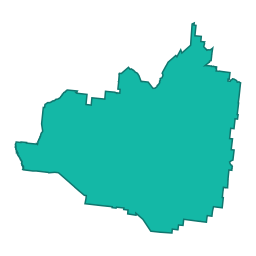 Quilpie, Queensland, Australia
{"feature_id": "25037944B55337411871300", "entity_name": "Quilpie", "entity_type": "district", "adm_level": 2, "iso_a3": "AUS", "parent_name": "Australia", "parent_adm1": "Queensland", "projection": "robinson", "projection_center": [143.431, -26.15], "detail": "fine", "context": "isolated", "style": "filled", "palette": "teal", "viewbox_px": 256, "rotation_deg": 0, "n_neighbors": 0, "source": "geoboundaries", "source_scale": "gbopen_adm2", "svg_char_len": 5362}
<svg xmlns="http://www.w3.org/2000/svg" viewBox="0 0 256 256"><path d="M22.7,169.7L33.0,171.0L36.4,171.0L48.3,172.4L48.7,172.8L54.8,172.3L58.4,172.7L74.5,186.8L74.7,187.1L79.3,191.1L84.3,195.3L86.3,195.6L86.0,198.5L85.0,203.7L102.4,205.7L112.2,206.7L112.1,207.6L116.1,208.1L116.5,207.2L123.9,208.0L123.7,209.5L128.0,210.0L127.7,213.9L136.0,215.2L135.9,213.2L142.9,219.3L150.8,231.2L160.1,232.2L171.9,233.0L172.3,229.1L177.9,229.8L178.0,229.5L178.0,229.3L178.5,225.0L183.0,225.4L183.5,221.4L183.4,221.1L183.5,221.0L183.7,219.3L199.7,221.4L200.4,221.3L200.7,221.5L206.4,222.2L206.9,217.7L207.3,215.6L211.9,216.2L212.5,211.2L213.5,206.7L222.2,207.8L223.3,197.6L222.3,197.5L223.0,190.8L223.1,190.6L223.1,190.4L223.4,187.3L224.9,187.5L225.0,187.8L225.4,187.8L226.0,187.7L227.6,187.8L227.7,184.5L227.8,184.5L228.0,180.2L227.9,180.1L228.1,179.7L228.0,179.3L228.9,170.0L231.8,170.3L231.8,169.0L232.0,168.8L231.9,168.5L232.1,168.3L232.1,166.8L232.3,166.6L231.8,165.3L231.0,165.0L230.1,163.7L229.8,162.8L229.8,162.3L229.6,162.0L231.5,160.6L232.9,160.1L234.1,150.0L231.2,149.7L232.5,138.8L232.0,138.8L231.7,138.7L231.5,138.8L229.6,138.6L230.7,128.3L234.0,128.7L235.1,118.8L237.5,119.1L238.1,114.7L237.2,114.6L238.6,103.0L238.2,102.9L239.0,97.2L240.4,84.1L240.5,83.3L240.6,83.1L240.6,82.8L239.7,82.5L239.3,82.0L238.4,81.9L237.3,82.2L236.6,80.6L234.5,79.4L234.1,79.1L232.5,78.8L231.9,79.7L230.7,80.1L230.2,81.3L227.9,81.0L228.1,79.1L229.2,79.2L230.0,72.6L220.3,71.3L219.7,71.1L218.8,71.3L216.1,70.9L216.3,70.3L216.3,70.0L216.5,69.4L216.5,68.8L215.8,68.1L216.5,67.7L216.6,67.4L216.6,66.9L214.9,66.7L214.2,66.6L213.9,66.4L213.8,66.6L213.1,66.4L212.9,66.5L211.9,66.3L211.8,66.2L211.7,66.4L211.4,66.5L210.8,66.0L209.8,65.9L209.6,65.8L208.9,65.9L208.5,65.7L208.4,65.8L206.7,65.7L205.9,65.5L205.1,65.6L208.8,62.5L209.4,62.2L209.4,61.3L209.7,61.0L210.4,60.9L210.6,60.7L211.1,60.6L211.6,56.4L211.6,55.8L211.8,54.6L211.7,54.6L211.7,54.3L211.8,54.2L212.1,51.9L212.7,48.1L212.4,48.4L212.1,48.6L211.5,49.0L210.9,49.4L210.6,49.8L209.5,49.9L207.7,49.8L207.2,50.2L206.9,50.3L206.4,49.6L206.3,49.2L206.1,49.0L205.5,48.9L204.7,47.6L203.8,46.9L203.7,46.5L204.5,43.9L204.5,43.2L204.2,42.5L204.6,41.9L200.8,41.5L201.3,36.4L194.9,35.8L196.0,25.4L193.9,25.1L194.2,23.0L192.1,24.0L190.6,45.3L181.9,53.0L180.7,49.8L176.9,56.8L175.8,55.5L168.1,62.2L166.4,65.4L165.9,66.1L162.4,72.6L162.2,73.5L162.6,73.8L163.0,75.1L162.6,76.4L161.9,77.9L160.2,78.5L160.1,78.9L160.4,80.1L160.1,80.7L159.6,81.0L159.7,82.7L159.3,83.1L159.2,83.2L159.3,83.5L158.6,84.2L158.3,84.9L157.9,84.9L157.2,85.5L157.1,86.6L155.5,87.8L155.2,88.1L154.9,88.2L153.7,88.3L153.0,88.3L152.9,88.3L148.2,82.1L142.2,81.4L142.2,81.6L141.1,81.5L138.9,75.6L138.0,74.3L138.0,74.1L136.9,72.9L135.2,72.2L134.9,71.6L133.7,70.5L133.5,70.2L132.9,70.1L132.6,69.7L131.9,69.4L131.6,69.0L131.2,68.9L130.5,69.3L130.1,69.4L129.9,69.3L129.8,68.9L129.6,68.7L129.4,68.5L128.5,67.3L121.3,73.5L119.4,73.3L119.3,73.5L119.1,73.7L119.0,74.4L119.2,74.6L118.7,81.2L118.4,81.6L118.6,81.9L118.7,82.2L118.6,82.5L117.9,89.1L120.1,89.4L119.8,93.2L116.5,92.8L116.5,93.1L115.4,92.4L115.0,92.5L114.7,92.2L109.4,91.7L105.5,91.3L104.8,99.1L91.9,97.8L91.2,105.1L86.0,104.5L87.0,94.4L76.6,93.2L76.0,92.6L76.5,92.6L76.9,92.4L77.1,91.3L77.3,91.0L67.1,90.0L66.8,90.4L66.7,90.6L66.3,90.8L66.0,91.0L65.6,91.2L65.6,91.4L65.3,91.6L65.0,92.2L64.7,92.1L63.8,92.6L63.1,93.7L62.3,94.3L62.3,95.0L61.9,95.2L61.2,96.3L60.8,96.5L60.4,97.4L60.1,97.7L59.6,98.0L59.4,98.3L58.6,98.5L58.3,98.8L57.4,99.2L56.5,99.3L56.1,99.2L55.2,100.1L54.3,100.5L54.0,100.9L53.7,100.9L53.1,100.8L52.9,100.9L52.4,101.2L52.2,101.2L51.5,101.9L50.7,102.1L50.2,102.5L50.0,102.4L49.5,102.7L48.6,102.7L48.1,102.5L47.3,102.8L46.4,103.6L45.7,104.0L45.0,104.4L44.6,107.5L43.3,107.4L41.6,123.9L42.7,131.2L42.6,131.5L42.4,131.9L42.1,132.2L41.9,132.3L41.8,132.5L41.6,132.6L41.5,132.8L41.5,133.0L41.1,133.4L41.1,133.7L40.8,134.4L40.8,134.7L40.5,135.6L40.6,136.0L40.2,136.4L40.2,136.7L40.0,136.8L40.0,137.0L39.9,137.0L39.9,137.4L39.6,138.0L39.7,138.3L39.4,138.7L39.0,139.0L38.8,139.3L38.8,139.6L38.6,140.4L37.9,141.4L37.9,142.6L37.5,144.4L36.6,143.7L36.6,144.1L26.5,143.1L26.6,142.5L21.0,142.0L20.9,142.5L16.2,142.0L16.1,142.6L15.5,144.0L15.4,144.5L15.5,144.6L15.4,144.7L15.5,145.0L15.6,145.3L15.5,145.8L15.6,146.0L15.8,146.1L15.7,146.3L15.8,146.6L15.6,146.7L15.8,146.9L15.5,147.2L15.6,147.3L15.5,147.5L15.8,147.6L15.8,147.9L16.0,148.3L16.1,148.7L16.0,148.9L15.8,148.9L15.8,149.1L15.9,149.4L16.1,149.5L16.0,149.8L16.3,150.2L16.3,150.6L16.2,150.5L16.4,150.9L16.4,151.3L16.6,151.2L16.6,151.7L16.8,151.4L16.9,151.6L17.0,151.6L16.9,151.9L17.1,151.8L17.3,152.2L17.3,152.4L17.4,152.5L17.2,152.5L17.4,152.7L17.4,153.0L17.5,152.9L17.6,153.1L17.4,153.4L17.7,153.6L17.6,153.8L17.6,154.1L17.8,154.5L17.7,154.8L17.8,155.0L18.3,155.8L18.4,155.7L18.7,155.7L18.8,155.9L18.7,156.3L19.3,157.0L19.4,157.6L19.6,157.8L19.8,157.8L19.8,158.2L20.2,158.7L20.3,159.4L20.6,159.4L20.6,159.8L21.0,160.1L20.9,160.3L21.1,160.8L21.4,161.0L21.5,161.0L21.6,161.3L21.9,161.4L21.9,162.3L21.7,162.5L21.7,163.0L21.6,163.4L21.5,163.6L21.9,163.9L22.2,164.5L21.9,164.7L22.2,165.3L22.1,165.5L22.4,165.6L22.6,166.2L22.8,166.1L23.0,166.2L23.4,166.1L23.5,166.6L23.1,167.3L23.5,167.6L23.4,167.9L23.1,168.1L23.5,168.7L23.1,168.7L23.1,168.8L23.2,169.0L23.1,169.4L22.9,169.3L22.7,169.3L22.6,169.5L22.8,169.7L22.7,169.7Z" fill="#14b8a6" stroke="#0f766e" stroke-width="1.5"/></svg>